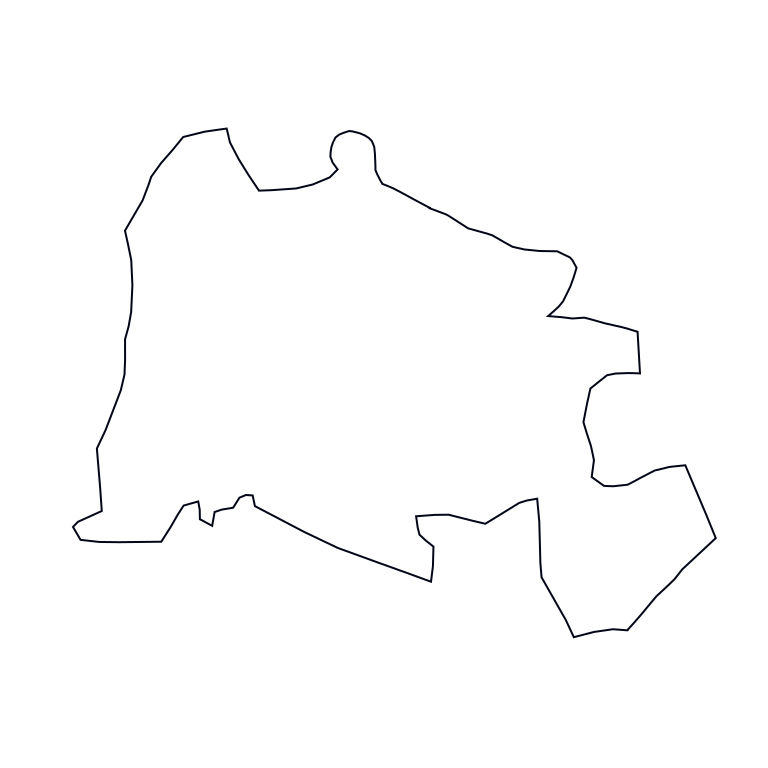 Bereket, Balkan, Turkmenistan, rotated 86°
{"feature_id": "10190150B43473123823457", "entity_name": "Bereket", "entity_type": "district", "adm_level": 2, "iso_a3": "TKM", "parent_name": "Turkmenistan", "parent_adm1": "Balkan", "projection": "natural_earth1", "projection_center": [55.542, 39.495], "detail": "fine", "context": "isolated", "style": "outline", "palette": "ink", "viewbox_px": 768, "rotation_deg": 86, "n_neighbors": 0, "source": "geoboundaries", "source_scale": "gbopen_adm2", "svg_char_len": 2644}
<svg xmlns="http://www.w3.org/2000/svg" viewBox="0 0 768 768"><g transform="rotate(86 384 384)"><path d="M118.9,523.0L118.2,523.1L118.8,532.0L119.8,545.4L123.6,567.1L135.3,578.1L147.9,590.8L161.1,601.8L168.7,604.9L184.0,612.0L197.4,621.1L213.0,631.7L226.2,629.7L242.8,627.5L268.0,628.1L294.5,631.2L308.6,634.7L321.3,639.2L341.9,640.6L356.4,642.2L371.9,647.0L410.2,664.8L410.6,665.0L428.3,674.9L430.0,674.9L468.1,674.4L491.0,674.4L495.1,685.4L500.1,698.9L504.9,704.2L518.3,697.6L521.7,679.1L523.3,659.7L524.7,636.0L525.8,617.2L512.2,607.1L500.0,598.9L491.3,592.4L488.2,577.5L496.6,576.6L506.1,577.1L507.9,574.0L508.0,574.0L513.5,565.3L513.1,565.2L499.9,561.9L498.0,554.7L496.9,543.1L487.3,536.1L485.1,529.4L486.0,522.8L496.8,521.3L511.9,496.8L525.8,474.3L544.4,441.4L561.9,402.0L572.9,377.0L584.5,350.9L569.2,347.9L549.7,346.0L543.1,353.2L536.8,359.1L529.6,360.4L518.2,361.2L518.1,342.7L518.9,328.7L526.4,305.8L530.5,292.7L526.5,285.0L518.5,269.7L512.0,257.3L510.2,249.7L509.1,239.2L532.1,238.7L555.6,239.7L573.4,240.5L587.9,240.3L599.1,234.9L619.4,225.2L632.1,219.1L649.8,212.3L646.0,191.9L644.6,172.7L646.7,158.3L645.9,157.5L645.6,157.5L639.8,151.4L631.7,143.3L629.4,141.1L621.0,133.1L614.6,126.9L605.8,115.9L598.9,107.7L589.6,99.3L560.9,63.8L537.7,71.4L486.1,89.1L486.3,95.3L486.5,101.8L486.7,105.6L487.6,110.5L488.1,113.5L488.6,116.0L488.7,117.3L489.2,120.1L490.3,122.6L491.5,125.4L494.0,131.1L496.2,136.2L498.2,140.5L501.4,147.8L501.5,148.7L501.8,157.1L502.0,162.4L501.0,171.6L491.3,183.3L474.8,179.9L472.2,180.2L465.6,181.1L459.8,182.0L447.1,185.2L436.0,187.7L417.7,182.8L402.9,178.4L397.0,169.9L396.7,169.5L390.8,160.9L389.7,152.2L389.9,146.4L390.2,138.1L390.3,137.8L390.7,133.2L391.3,127.9L349.6,127.4L345.5,138.0L343.8,143.0L339.0,159.0L333.6,174.0L331.8,179.6L331.8,185.0L331.8,191.6L329.8,201.7L327.7,215.5L322.5,208.7L318.6,203.9L314.0,199.6L305.8,194.8L299.9,191.4L291.4,187.6L281.5,183.8L273.5,187.5L270.8,189.6L266.2,197.6L263.7,201.9L262.2,219.3L259.6,234.5L256.1,246.2L250.4,255.0L243.3,265.5L241.4,270.0L234.6,289.2L220.0,308.8L218.5,311.6L211.8,326.4L211.4,326.3L211.3,326.2L210.6,327.5L202.2,340.9L193.4,354.7L189.4,361.3L187.2,365.5L184.3,371.6L184.2,371.6L181.2,373.2L174.4,376.1L170.0,377.6L166.7,377.4L161.9,377.2L153.4,377.0L146.8,377.2L140.9,379.1L137.4,382.1L134.8,385.7L132.2,390.6L131.7,392.1L130.2,396.7L129.8,397.8L129.2,401.2L129.9,404.0L130.7,407.1L132.0,411.2L134.7,415.2L139.8,418.2L143.9,419.9L149.0,421.1L153.7,421.6L159.7,419.7L166.7,415.3L174.1,423.7L180.0,441.2L182.8,457.9L182.8,483.0L182.4,495.2L166.0,504.6L149.7,513.2L132.3,520.8L118.9,523.0Z" fill="none" stroke="#020617" stroke-width="2"/></g></svg>